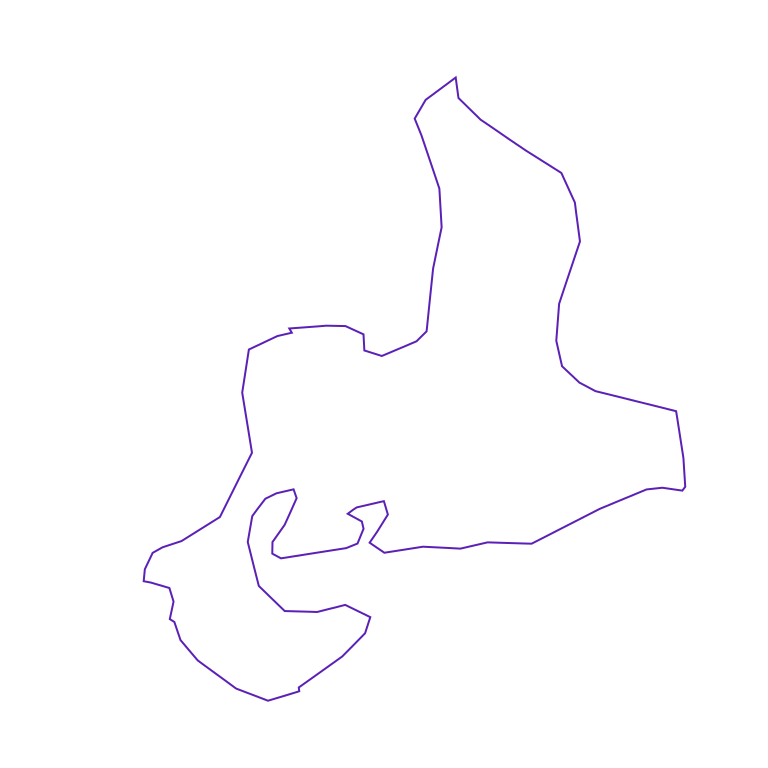 Zoe-Gbao, Nimba, Liberia, rotated 167°
{"feature_id": "62588387B27641742881305", "entity_name": "Zoe-Gbao", "entity_type": "district", "adm_level": 2, "iso_a3": "LBR", "parent_name": "Liberia", "parent_adm1": "Nimba", "projection": "albers", "projection_center": [-8.687, 6.996], "detail": "fine", "context": "isolated", "style": "outline", "palette": "violet", "viewbox_px": 768, "rotation_deg": 167, "n_neighbors": 0, "source": "geoboundaries", "source_scale": "gbopen_adm2", "svg_char_len": 1978}
<svg xmlns="http://www.w3.org/2000/svg" viewBox="0 0 768 768"><g transform="rotate(167 384 384)"><path d="M463.8,459.4L462.3,454.7L474.3,454.7L477.1,454.7L485.4,452.9L507.9,448.0L517.2,424.7L524.1,407.5L526.6,369.3L528.1,346.7L546.3,324.7L573.8,291.3L616.7,276.5L622.3,276.0L636.5,274.7L647.4,271.5L658.7,257.3L662.5,245.9L655.9,243.0L639.0,233.5L638.0,219.3L645.6,203.1L641.8,199.3L639.9,180.3L634.8,170.3L631.9,164.7L627.7,156.6L623.1,151.2L600.2,124.7L596.6,120.5L593.0,118.1L568.3,101.5L539.3,103.4L535.7,103.7L535.3,107.5L533.3,108.3L493.9,124.6L486.0,127.9L471.3,137.2L458.5,145.4L449.8,159.9L471.5,177.5L482.8,177.2L486.4,177.2L500.5,176.9L507.2,178.7L531.8,185.1L543.3,202.8L551.4,215.4L551.8,232.9L552.3,260.7L542.1,284.9L535.1,290.9L525.4,298.9L513.4,301.7L495.8,301.7L494.8,292.4L505.6,278.1L512.5,269.1L528.2,255.1L531.0,243.9L530.1,243.0L523.6,237.3L478.6,234.1L457.8,232.6L445.7,234.5L437.8,245.7L436.5,247.5L436.5,255.0L448.5,265.7L442.4,268.4L438.3,269.9L410.5,269.9L410.3,267.4L409.6,255.9L423.6,241.9L433.7,232.6L427.8,226.2L421.6,219.5L400.9,218.0L382.7,216.7L379.8,215.9L359.4,210.1L346.6,206.4L345.8,206.4L318.7,206.4L303.6,202.4L289.9,198.8L285.0,197.5L276.1,195.2L243.0,203.5L205.9,212.8L201.9,213.8L185.4,216.6L151.9,222.2L136.1,220.3L117.3,213.0L113.6,216.1L108.9,244.6L105.9,285.5L105.5,291.8L141.6,310.2L169.7,324.5L179.6,329.5L193.5,341.6L194.2,342.8L206.5,361.2L206.5,366.6L206.4,387.4L200.6,405.9L195.3,422.8L186.9,436.6L161.0,478.8L159.8,491.3L158.2,508.2L157.5,514.8L157.2,518.0L158.2,522.7L163.7,549.7L170.0,556.1L193.3,579.6L206.6,593.9L220.3,608.9L230.4,619.8L247.1,645.9L245.2,666.5L279.5,651.5L289.1,641.3L294.4,635.7L291.6,618.0L288.9,590.8L286.1,562.0L286.7,558.3L292.6,523.7L293.8,521.1L298.1,511.8L310.2,485.4L320.4,455.7L328.4,432.3L329.0,430.5L330.7,425.7L342.7,418.3L371.1,413.3L379.8,411.8L395.6,421.1L392.8,437.0L401.9,444.0L408.5,449.1L427.1,453.8L434.7,454.9L463.8,459.4Z" fill="none" stroke="#5b21b6" stroke-width="2"/></g></svg>